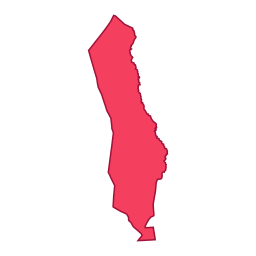 Chingeltei, Ulaanbaatar, Mongolia (Equal Earth projection)
{"feature_id": "93677404B82424679119266", "entity_name": "Chingeltei", "entity_type": "district", "adm_level": 2, "iso_a3": "MNG", "parent_name": "Mongolia", "parent_adm1": "Ulaanbaatar", "projection": "equal_earth", "projection_center": [106.895, 48.027], "detail": "fine", "context": "isolated", "style": "filled", "palette": "rose", "viewbox_px": 256, "rotation_deg": 0, "n_neighbors": 0, "source": "geoboundaries", "source_scale": "gbopen_adm2", "svg_char_len": 3963}
<svg xmlns="http://www.w3.org/2000/svg" viewBox="0 0 256 256"><path d="M138.0,240.6L140.9,240.5L151.9,239.9L155.2,239.7L154.7,236.0L153.5,229.0L153.3,227.3L151.1,227.4L149.6,227.5L147.6,227.7L145.2,227.6L145.3,226.3L145.4,225.7L146.9,222.7L148.1,220.7L148.7,219.7L149.2,219.0L151.0,217.0L153.8,215.7L153.9,214.3L153.5,210.0L153.2,204.6L153.7,200.9L153.9,199.8L154.9,194.3L155.5,190.7L156.2,182.6L156.9,180.8L157.4,179.3L157.8,179.3L159.0,179.1L160.3,179.1L161.3,178.6L161.9,177.8L161.8,176.6L162.2,176.1L162.1,174.9L161.7,174.3L162.5,172.3L163.5,172.0L164.2,172.2L164.7,171.1L164.8,170.9L165.6,170.3L166.1,166.9L165.7,166.2L166.2,164.6L165.6,164.0L165.5,163.4L165.5,162.9L165.2,162.5L164.1,161.5L164.2,160.5L165.4,159.8L165.8,158.9L165.8,158.2L165.0,157.5L164.8,157.0L165.4,156.1L166.1,155.7L166.2,154.5L166.6,154.4L167.4,154.0L167.2,152.2L167.4,151.3L166.9,150.2L166.6,148.9L166.1,148.7L165.3,148.6L165.1,148.5L164.6,148.3L164.7,147.7L164.5,146.6L163.9,146.2L163.6,145.5L163.7,144.3L162.4,143.7L162.0,143.5L161.6,142.6L161.7,141.6L159.7,140.4L159.2,140.0L159.1,138.9L158.7,138.6L157.9,138.2L156.8,138.1L156.8,137.2L157.1,136.5L156.4,136.0L155.8,135.7L155.7,135.3L155.6,134.0L155.3,133.1L155.4,132.4L155.2,131.8L154.6,131.4L154.8,130.3L156.0,130.2L156.1,129.9L155.7,129.4L155.2,128.5L155.5,127.9L156.0,128.0L156.3,128.1L156.6,127.7L156.5,126.9L156.1,126.1L156.1,125.8L156.3,125.4L156.3,124.7L156.1,124.3L156.1,123.7L153.9,121.9L153.0,121.2L151.3,118.7L150.4,115.9L149.9,115.7L149.5,115.5L148.5,115.4L148.2,114.8L148.1,114.0L147.1,114.0L146.2,112.4L144.9,110.1L144.0,109.3L143.9,107.8L144.1,107.0L143.8,105.1L143.4,104.6L143.0,103.9L142.2,103.4L142.6,102.7L142.3,102.5L141.7,102.7L141.1,102.0L141.5,100.5L141.5,99.6L141.5,99.4L140.9,98.4L140.9,97.9L141.0,96.6L140.7,95.9L140.4,95.1L140.4,94.2L140.3,93.5L139.1,92.4L138.5,91.7L138.3,91.0L138.7,90.5L138.7,90.3L138.3,89.3L137.9,88.5L138.2,88.1L138.3,88.0L138.2,87.3L138.1,86.7L138.0,86.4L138.5,86.1L138.4,85.6L138.3,85.2L138.6,84.9L138.9,84.8L139.6,84.8L140.0,84.8L140.0,84.3L139.5,83.5L139.6,82.5L138.9,82.2L138.4,81.1L138.8,80.4L138.8,80.0L138.2,79.4L138.2,78.8L139.0,78.2L139.5,77.5L139.4,76.9L139.1,77.0L138.4,76.9L138.2,75.3L138.2,73.7L137.6,73.0L137.7,72.1L137.7,71.7L137.4,71.3L137.4,71.1L137.5,70.3L137.0,69.6L135.8,69.1L135.5,68.9L136.0,67.8L135.9,66.8L135.6,66.1L135.5,65.1L135.4,64.9L134.4,64.5L134.3,64.3L134.3,64.0L134.1,63.4L133.8,62.9L132.0,62.3L131.9,62.2L131.7,61.8L131.2,60.8L131.4,60.3L131.5,59.5L132.3,58.1L132.7,57.4L132.1,56.7L131.2,55.8L130.7,54.7L130.2,53.9L130.1,52.2L129.7,50.8L129.7,50.6L129.9,49.8L130.5,49.7L131.1,49.4L131.5,49.0L130.5,48.5L130.5,47.8L130.8,47.1L131.1,46.6L131.3,46.3L131.1,45.6L131.6,45.2L131.9,44.9L133.1,43.1L133.3,42.6L133.7,41.2L134.4,39.5L135.1,38.6L135.8,37.7L135.9,36.5L135.6,36.3L135.2,35.9L134.7,35.5L134.7,34.5L134.7,33.7L134.3,32.5L133.9,30.7L132.8,30.2L133.0,29.6L132.7,28.2L132.3,28.0L127.7,25.8L125.8,24.9L124.9,24.6L123.8,23.6L122.4,22.3L118.5,18.8L116.1,16.6L115.3,15.9L113.7,15.4L112.3,18.2L111.0,20.8L110.3,22.1L105.6,28.7L103.2,31.9L98.9,37.4L97.4,39.3L95.3,41.9L94.7,42.7L92.9,45.0L90.8,47.7L89.2,49.7L88.6,50.4L89.0,51.7L89.3,52.9L90.5,57.2L92.1,62.6L94.1,69.6L95.3,73.5L96.8,78.6L96.9,79.4L97.5,83.6L97.7,84.5L98.3,87.5L98.6,88.0L100.3,91.7L101.6,94.3L102.1,95.8L103.7,100.8L105.4,105.9L106.7,110.1L107.0,110.8L107.2,111.3L109.2,115.0L110.5,117.5L111.0,118.3L111.0,119.3L111.5,123.5L111.9,127.7L111.9,128.7L112.3,129.6L113.4,132.8L113.3,133.7L112.7,138.5L111.9,145.2L111.1,151.1L110.1,158.7L108.9,167.8L108.3,172.3L109.5,174.7L111.0,178.1L112.2,180.5L113.8,183.7L114.7,185.7L114.4,189.0L113.8,195.0L113.6,197.7L113.5,199.9L113.1,206.4L113.1,206.9L116.4,208.9L120.5,211.2L120.6,211.3L123.2,212.4L126.7,214.1L127.5,215.5L128.4,216.9L128.7,220.3L128.8,220.6L130.4,222.0L131.0,222.6L132.2,224.7L133.0,226.2L133.3,226.7L137.4,230.2L140.5,233.0L141.0,233.4L142.2,235.4L140.4,237.6L138.0,240.6Z" fill="#f43f5e" stroke="#9f1239" stroke-width="1.5"/></svg>